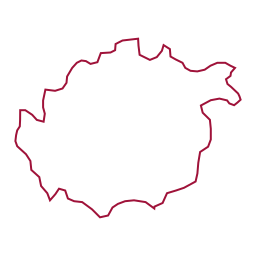 outline of Yeongdong-gun, North Chungcheong, South Korea
{"feature_id": "91817680B4431337162748", "entity_name": "Yeongdong-gun", "entity_type": "district", "adm_level": 2, "iso_a3": "KOR", "parent_name": "South Korea", "parent_adm1": "North Chungcheong", "projection": "natural_earth1", "projection_center": [127.828, 36.154], "detail": "fine", "context": "isolated", "style": "outline", "palette": "rose", "viewbox_px": 256, "rotation_deg": 0, "n_neighbors": 0, "source": "geoboundaries", "source_scale": "gbopen_adm2", "svg_char_len": 1288}
<svg xmlns="http://www.w3.org/2000/svg" viewBox="0 0 256 256"><path d="M138.1,38.7L122.5,40.5L115.6,44.0L115.1,50.2L110.5,52.5L100.8,53.1L97.4,62.2L90.5,63.9L85.9,61.1L81.4,60.5L76.8,62.8L72.2,67.9L67.1,76.5L66.5,82.8L62.5,88.5L55.1,90.8L45.4,89.6L43.1,100.5L43.1,107.4L44.8,113.7L43.6,121.7L36.8,119.9L32.2,114.8L25.3,110.2L20.2,110.2L20.1,119.8L19.8,126.4L17.2,130.4L16.1,135.2L15.4,141.1L17.2,146.2L20.8,149.5L26.0,154.2L30.4,161.0L31.3,169.9L39.3,177.1L40.1,181.1L41.1,186.0L47.3,193.2L50.0,200.3L55.4,194.1L59.0,188.7L65.2,190.5L67.9,198.5L74.1,201.2L82.2,202.1L92.0,209.3L100.0,217.3L108.1,215.5L112.5,207.5L117.9,203.9L125.1,201.2L134.0,200.3L145.6,202.1L154.3,208.5L154.5,206.6L162.6,203.0L167.0,193.2L176.0,190.5L184.0,187.8L195.6,181.5L197.4,173.5L198.3,162.7L200.1,152.0L208.1,146.7L210.8,139.5L210.8,128.8L209.9,119.8L202.7,112.7L200.9,105.5L210.8,100.2L219.4,98.6L227.1,100.4L229.3,103.4L234.1,105.2L237.4,102.6L240.6,99.7L239.5,96.4L238.1,93.5L231.1,86.9L227.5,84.0L226.0,79.2L230.5,75.9L231.0,72.5L235.0,67.9L230.4,65.7L225.3,62.8L217.3,62.8L210.5,65.7L204.7,69.7L197.3,71.4L190.5,70.8L185.3,67.9L182.5,62.8L175.6,59.4L170.5,56.5L169.9,49.1L163.6,45.1L161.9,50.8L156.8,57.1L149.9,59.9L139.6,54.8L138.5,45.7L138.1,38.7Z" fill="none" stroke="#9f1239" stroke-width="2"/></svg>